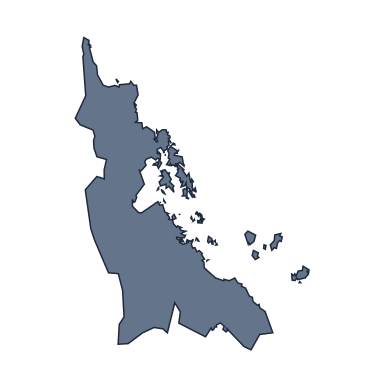 outline of Samar, Samar, Philippines, rotated 176°
{"feature_id": "2640588B23016389281073", "entity_name": "Samar", "entity_type": "district", "adm_level": 2, "iso_a3": "PHL", "parent_name": "Philippines", "parent_adm1": "Samar", "projection": "equal_earth", "projection_center": [124.76, 11.713], "detail": "fine", "context": "isolated", "style": "filled", "palette": "slate", "viewbox_px": 384, "rotation_deg": 176, "n_neighbors": 0, "source": "geoboundaries", "source_scale": "gbopen_adm2", "svg_char_len": 6129}
<svg xmlns="http://www.w3.org/2000/svg" viewBox="0 0 384 384"><g transform="rotate(176 192 192)"><path d="M276.3,45.3L266.3,45.2L251.0,55.0L239.3,59.5L230.5,57.5L226.4,53.2L216.9,82.7L212.0,73.3L214.3,62.1L188.6,46.6L182.4,55.0L181.5,52.7L179.9,53.4L178.6,55.9L177.0,55.6L176.9,57.7L172.7,59.4L169.2,55.8L170.8,52.9L167.9,50.1L166.3,51.1L166.7,53.2L150.8,34.1L144.1,30.4L134.4,45.2L121.2,45.9L127.5,67.8L132.5,71.7L132.9,75.2L134.5,74.4L138.8,78.4L139.1,82.7L142.2,84.3L145.2,92.3L149.2,94.5L148.6,96.7L152.7,98.1L155.3,103.2L161.1,100.9L166.2,102.7L166.5,101.2L174.5,104.6L185.1,115.5L185.0,121.2L186.9,123.1L184.2,124.2L186.9,128.9L186.0,129.9L188.9,133.1L191.3,132.0L193.0,136.4L195.3,136.0L196.3,140.1L193.9,144.8L196.6,142.9L199.7,144.4L199.0,143.0L199.2,142.3L201.3,143.9L200.3,141.7L204.0,140.4L207.8,142.3L207.9,145.1L210.3,146.3L210.5,148.0L207.1,147.1L206.4,143.4L203.8,142.8L205.9,147.0L202.9,146.9L201.4,149.3L203.8,149.7L205.8,151.4L201.0,153.3L205.4,154.4L207.0,156.8L205.1,157.3L208.7,159.2L209.8,157.9L212.8,161.8L213.3,165.5L209.8,166.8L211.4,170.8L213.5,169.0L213.3,165.6L217.1,166.4L216.2,168.2L218.5,171.5L216.9,172.0L220.6,174.1L222.2,181.5L225.1,181.0L226.7,184.8L243.6,174.8L246.6,175.1L252.4,181.9L251.9,188.8L251.0,185.9L249.6,186.2L247.5,190.6L248.2,192.5L239.0,203.1L243.0,217.4L241.3,216.7L235.9,221.9L237.1,225.5L235.2,228.0L230.1,229.6L226.0,226.5L224.5,228.0L221.4,226.9L220.7,232.1L222.3,234.0L222.5,232.2L223.9,232.9L223.8,236.9L220.1,238.6L217.4,234.7L213.4,236.9L213.8,239.0L211.7,240.3L212.0,244.5L210.4,243.9L209.9,242.6L209.5,242.7L211.9,247.3L210.2,247.6L210.1,249.3L212.5,250.9L211.6,253.2L213.1,253.2L213.5,255.8L217.3,256.2L220.9,253.8L222.9,256.4L223.3,253.0L221.9,251.9L223.7,248.1L222.7,244.8L223.9,244.4L226.3,247.6L224.8,248.3L225.5,254.4L232.8,260.3L236.8,258.5L237.2,264.5L243.5,265.5L241.1,267.4L241.3,275.1L242.9,275.4L241.6,278.6L243.0,280.6L243.7,284.8L239.0,292.6L239.9,302.4L242.6,302.5L245.3,306.7L246.8,304.3L256.9,304.1L257.5,301.8L261.3,303.7L268.1,302.5L273.2,304.8L278.1,315.4L278.4,324.5L281.5,328.6L284.2,342.9L282.8,343.6L284.8,345.8L283.3,345.6L284.7,347.5L284.2,350.4L289.2,353.6L291.4,344.8L290.3,336.6L291.4,334.8L291.3,295.4L303.3,273.6L298.8,266.8L286.4,260.7L285.0,254.3L286.6,250.4L286.7,242.7L284.4,233.8L275.0,230.4L278.1,220.2L278.6,211.2L285.8,214.1L298.3,201.6L295.5,162.5L292.6,151.0L280.9,117.2L271.2,115.7L268.1,98.8L268.5,72.1L273.8,65.1L276.3,45.3ZM196.6,197.1L194.2,195.0L193.3,192.8L195.1,193.0L192.0,186.8L189.8,188.6L192.0,189.9L192.3,192.6L190.6,194.3L189.8,192.8L189.4,193.1L188.0,191.8L187.9,191.9L188.5,195.8L189.9,193.8L191.5,196.4L191.1,201.9L189.9,202.2L191.4,204.8L192.7,201.4L193.8,210.9L196.1,208.0L200.1,214.8L198.6,214.9L204.2,220.7L202.5,222.5L198.4,218.7L199.4,227.7L207.2,230.0L206.3,232.0L203.9,231.6L204.2,234.4L210.4,239.1L213.3,234.7L212.2,231.9L213.4,227.5L211.8,226.1L215.5,221.1L212.4,220.0L211.4,221.8L210.9,219.6L208.5,220.5L207.0,218.6L205.9,218.9L206.4,221.2L204.9,221.1L205.0,217.8L203.4,216.1L205.0,215.7L204.3,213.3L207.3,209.5L202.6,206.5L203.4,204.8L201.8,203.1L201.3,202.9L200.1,203.6L200.0,203.9L199.9,204.0L202.6,197.8L198.7,198.8L197.3,201.6L196.9,195.2L196.6,197.1ZM219.5,208.7L224.1,204.2L222.9,200.2L217.3,201.6L217.6,197.5L214.7,199.2L210.0,193.0L210.9,197.5L209.7,199.2L213.7,203.9L211.8,205.9L213.9,210.4L213.0,213.4L214.5,211.7L217.5,216.1L220.2,215.5L219.8,214.6L219.9,213.9L220.0,213.8L221.6,214.8L219.5,208.7ZM95.3,96.5L93.4,98.8L92.7,97.2L85.1,98.4L81.6,102.0L83.1,105.4L81.2,103.8L80.7,106.2L86.4,110.2L87.4,106.0L91.5,105.8L94.1,100.9L95.1,103.2L96.1,101.7L98.3,103.2L98.2,97.0L95.3,96.5ZM116.4,128.3L113.8,130.8L111.7,129.8L110.1,135.4L108.0,137.4L106.5,136.4L105.1,140.9L107.7,142.2L106.3,144.4L112.4,143.4L113.3,137.8L117.6,133.8L116.4,128.3ZM137.8,135.4L133.6,138.5L131.5,144.5L139.0,149.1L142.2,146.1L139.6,136.1L139.1,137.5L137.8,135.4ZM133.6,120.2L129.9,122.0L131.2,123.4L130.1,126.7L134.8,129.4L136.4,124.3L133.6,120.2ZM197.5,187.7L196.6,194.7L199.4,195.9L201.0,194.6L200.5,190.5L201.9,188.7L197.7,188.6L198.2,186.4L195.4,185.3L197.5,187.7ZM175.6,144.1L178.6,146.5L179.9,141.5L179.0,140.1L176.2,141.7L175.6,138.6L174.4,138.6L175.6,144.1ZM223.8,217.9L220.3,223.1L222.5,226.3L223.2,224.2L226.2,224.2L223.5,223.1L224.8,220.6L223.8,217.9ZM186.2,170.7L183.5,161.9L183.4,162.1L183.3,162.8L181.6,164.1L183.6,165.0L183.9,168.4L186.2,170.7ZM188.3,160.9L184.3,160.3L185.1,164.9L186.9,161.8L187.5,162.8L188.4,163.1L188.3,160.9ZM122.9,129.7L121.9,133.5L123.8,134.3L124.5,130.7L122.9,129.7ZM260.0,310.2L258.5,306.3L257.7,307.3L260.0,310.2ZM219.3,192.1L220.2,194.3L222.7,196.7L221.2,193.4L219.3,192.1ZM228.9,221.6L225.8,221.3L226.5,223.1L228.2,222.7L228.9,221.6ZM187.0,167.3L186.6,169.3L188.0,171.1L188.2,169.2L187.0,167.3ZM209.0,240.2L207.0,240.6L206.2,241.6L207.3,242.0L209.0,240.2ZM91.4,94.1L90.0,94.0L90.8,95.1L91.4,94.1ZM190.0,143.0L188.7,142.6L189.4,144.1L190.0,143.0ZM225.2,246.9L224.2,248.5L225.9,247.7L225.2,246.9ZM193.8,164.3L194.0,166.6L194.4,167.4L195.0,165.9L193.8,164.3ZM173.4,141.5L172.3,140.3L172.2,142.2L173.4,141.5ZM220.8,184.7L219.8,184.3L220.7,186.0L220.8,184.7ZM192.6,163.0L191.4,163.6L191.6,164.5L192.6,163.0ZM172.0,137.4L170.5,137.5L170.9,138.8L172.0,137.4ZM181.9,122.3L180.7,123.0L181.7,123.0L181.9,122.3ZM226.4,196.4L225.1,197.0L224.9,198.9L225.2,198.7L226.4,196.4ZM217.1,232.6L217.1,234.5L217.6,234.6L217.7,234.0L217.1,232.6ZM222.7,210.3L221.4,210.0L221.6,210.7L222.7,210.3ZM242.5,282.6L241.8,283.0L242.4,283.7L242.5,282.6ZM242.5,281.2L241.9,281.8L242.4,282.0L242.5,281.2ZM190.9,145.8L191.4,144.3L190.3,145.3L190.9,145.8ZM198.0,218.9L197.7,219.4L198.1,219.7L198.0,218.9ZM205.7,240.0L205.4,240.7L206.0,240.2L205.7,240.0ZM190.1,186.5L189.5,186.7L190.3,187.2L190.1,186.5ZM219.7,182.4L219.4,183.2L219.7,183.3L219.7,182.4ZM189.9,170.4L189.7,169.2L189.4,170.9L189.9,170.4ZM202.4,202.2L201.8,202.5L202.6,202.9L202.4,202.2ZM206.6,170.9L206.3,170.5L206.1,170.6L206.6,170.9ZM224.4,183.6L224.2,183.1L224.5,184.5L224.4,183.6ZM202.6,234.4L203.6,233.7L202.7,233.9L202.6,234.4ZM216.2,230.6L215.8,230.0L216.0,230.8L216.2,230.6Z" fill="#64748b" stroke="#1e293b" stroke-width="1.5"/></g></svg>